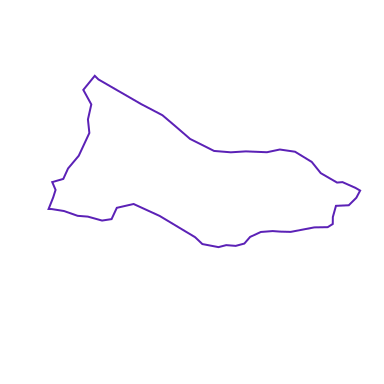 Gagnef, Dalarna, Sweden (Equal Earth projection), rotated 30°
{"feature_id": "70781695B69393603078099", "entity_name": "Gagnef", "entity_type": "district", "adm_level": 2, "iso_a3": "SWE", "parent_name": "Sweden", "parent_adm1": "Dalarna", "projection": "equal_earth", "projection_center": [14.938, 60.467], "detail": "fine", "context": "isolated", "style": "outline", "palette": "violet", "viewbox_px": 384, "rotation_deg": 30, "n_neighbors": 0, "source": "geoboundaries", "source_scale": "gbopen_adm2", "svg_char_len": 856}
<svg xmlns="http://www.w3.org/2000/svg" viewBox="0 0 384 384"><g transform="rotate(30 192 192)"><path d="M49.7,140.0L46.8,157.9L61.0,166.5L65.6,181.2L73.6,192.2L75.8,217.2L72.9,233.6L74.0,245.0L66.0,253.3L72.8,258.4L74.5,266.1L76.3,278.4L79.1,276.9L90.6,272.5L104.9,269.8L114.1,265.4L128.4,261.7L135.9,255.7L134.8,243.3L147.4,231.6L176.0,228.9L217.3,229.6L227.0,231.9L242.5,226.5L248.2,220.9L256.8,216.8L258.5,215.1L263.1,210.5L264.8,201.8L271.6,192.2L281.4,185.5L288.2,182.2L297.4,177.2L315.6,161.5L327.1,154.6L329.9,149.3L326.5,143.3L323.6,132.0L334.4,125.1L337.2,114.8L336.9,106.7L331.6,106.7L317.4,108.2L312.9,111.3L294.1,111.3L280.7,106.1L261.1,105.6L246.8,111.3L237.0,120.1L218.3,129.9L205.8,138.2L190.6,145.4L163.8,147.0L145.0,143.4L128.0,140.3L103.9,141.3L78.0,141.3L54.7,141.3L49.7,140.0Z" fill="none" stroke="#5b21b6" stroke-width="2"/></g></svg>